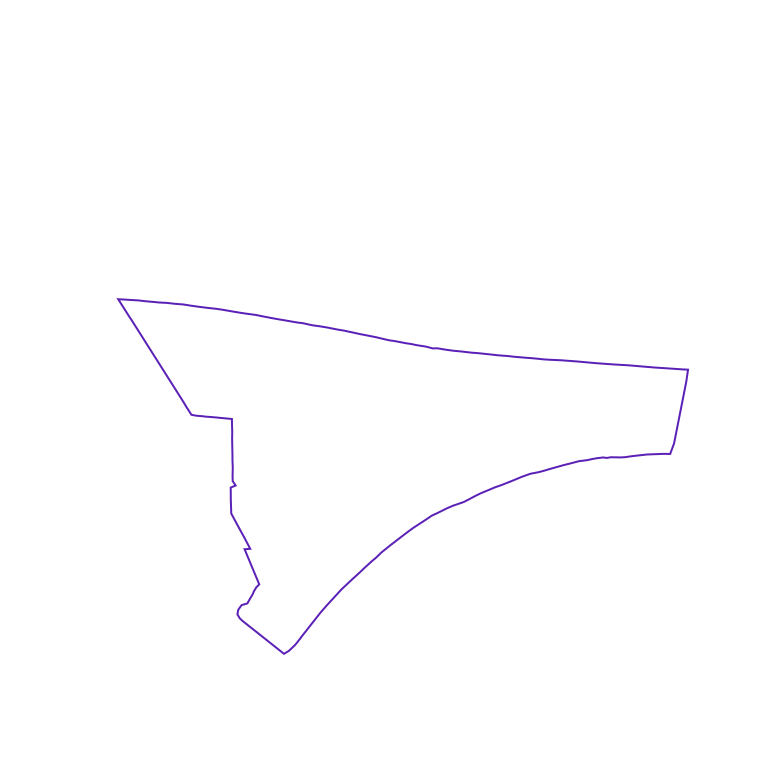 outline of Tavares, Rio Grande do Sul, Brazil, rotated 234°
{"feature_id": "56859067B79162312615317", "entity_name": "Tavares", "entity_type": "district", "adm_level": 2, "iso_a3": "BRA", "parent_name": "Brazil", "parent_adm1": "Rio Grande do Sul", "projection": "mercator", "projection_center": [-51.071, -31.314], "detail": "fine", "context": "isolated", "style": "outline", "palette": "violet", "viewbox_px": 768, "rotation_deg": 234, "n_neighbors": 0, "source": "geoboundaries", "source_scale": "gbopen_adm2", "svg_char_len": 2374}
<svg xmlns="http://www.w3.org/2000/svg" viewBox="0 0 768 768"><g transform="rotate(234 384 384)"><path d="M224.5,144.5L224.0,150.1L224.5,154.1L225.2,159.0L226.5,163.7L228.3,169.7L232.5,184.5L236.4,198.3L238.2,206.2L239.6,212.9L242.8,228.7L244.8,244.4L245.8,253.7L246.6,259.4L247.8,270.1L248.2,275.8L249.2,282.6L249.8,294.3L250.2,308.1L250.4,317.8L250.4,322.9L250.1,328.7L249.6,339.1L249.4,345.2L248.1,351.9L246.5,361.5L244.9,368.6L241.6,379.3L239.7,392.5L238.6,398.6L236.8,406.0L235.2,412.9L233.4,418.9L230.2,431.3L227.9,440.9L225.4,449.5L222.0,456.8L219.7,462.6L218.5,466.2L216.1,472.7L212.8,481.6L209.9,488.8L206.9,496.5L203.0,503.5L200.8,508.6L198.3,513.6L195.7,518.2L193.2,520.8L191.5,524.3L189.2,527.4L185.8,531.9L183.3,535.7L179.9,542.1L176.1,548.8L172.4,555.3L168.8,560.7L163.1,569.2L159.2,574.4L165.4,583.7L180.3,599.8L208.3,630.0L216.9,638.4L220.1,634.4L226.3,627.0L232.3,619.8L238.8,612.0L243.8,606.2L254.9,593.4L265.4,580.6L276.3,567.7L289.3,552.8L299.2,541.1L305.9,532.7L310.2,527.5L313.2,524.2L317.0,519.9L319.5,517.0L322.7,513.2L327.9,507.2L330.7,504.0L333.8,500.7L337.3,496.5L340.5,492.8L345.7,487.1L350.9,481.3L354.3,477.5L357.5,473.7L361.7,469.1L365.2,465.3L370.2,459.6L374.5,455.1L378.2,451.4L381.2,448.5L384.3,444.2L389.4,440.1L393.2,436.3L396.9,432.6L400.2,429.7L404.4,425.4L408.4,421.7L412.8,417.5L416.4,413.8L421.0,409.8L425.9,405.6L431.9,400.1L438.3,394.1L443.7,389.3L450.7,383.0L456.0,377.8L462.4,371.9L468.2,366.2L472.8,361.4L476.7,357.8L480.8,354.2L484.9,349.8L491.4,343.5L495.6,339.4L499.9,335.2L502.9,332.3L509.0,326.6L515.3,320.8L521.2,314.6L525.8,309.9L531.9,303.9L535.3,300.6L540.1,295.9L543.7,292.2L549.2,286.1L555.2,279.7L560.6,274.1L566.5,268.2L572.2,261.5L577.1,256.2L582.1,250.0L586.2,245.4L591.5,239.3L596.2,234.2L600.9,228.4L604.2,224.5L608.8,218.8L587.8,217.5L583.2,217.3L490.8,211.4L485.3,211.0L481.0,210.6L476.6,210.4L472.3,210.1L468.7,213.5L465.6,217.1L462.2,220.8L459.0,224.6L455.7,228.4L452.4,232.1L448.9,236.1L445.1,240.4L439.8,236.7L434.2,232.9L429.6,229.4L423.2,224.9L416.1,220.0L411.1,216.4L405.1,212.4L398.7,207.5L394.3,204.5L389.1,204.3L390.3,199.1L380.2,191.9L369.0,184.3L355.2,182.4L342.3,180.8L329.3,178.9L332.3,174.1L295.2,165.3L294.6,161.3L292.8,157.0L290.9,153.8L289.3,149.9L286.8,144.5L288.8,138.8L287.0,133.4L283.8,130.0L279.1,129.6L275.4,130.3L224.5,144.5Z" fill="none" stroke="#5b21b6" stroke-width="2"/></g></svg>